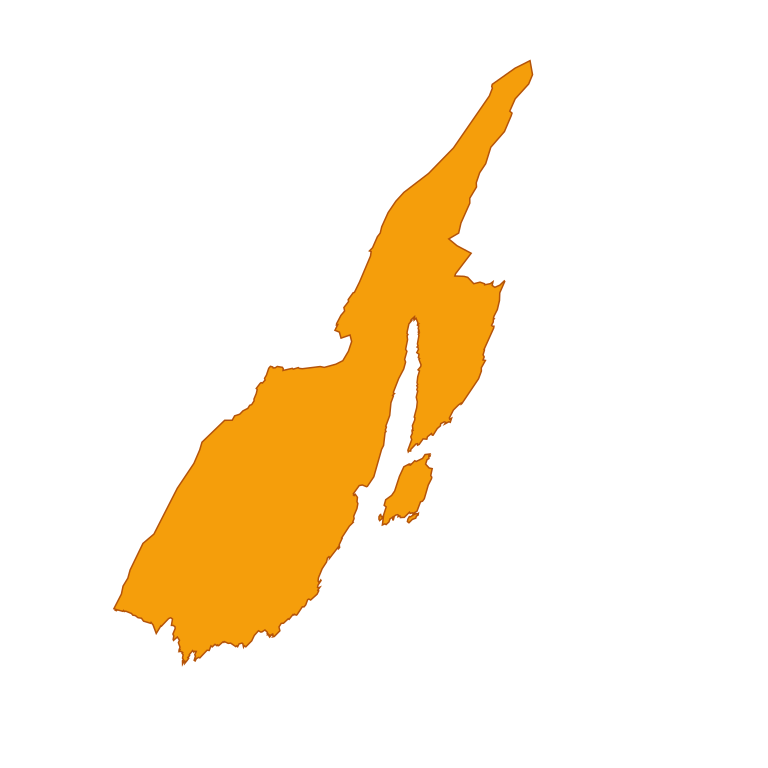 the district of Gjemnes nor, Møre og Romsdal, Norway, rotated 128°
{"feature_id": "86288312B41504021313270", "entity_name": "Gjemnes nor", "entity_type": "district", "adm_level": 2, "iso_a3": "NOR", "parent_name": "Norway", "parent_adm1": "Møre og Romsdal", "projection": "natural_earth1", "projection_center": [7.837, 62.91], "detail": "fine", "context": "isolated", "style": "filled", "palette": "amber", "viewbox_px": 768, "rotation_deg": 128, "n_neighbors": 0, "source": "geoboundaries", "source_scale": "gbopen_adm2", "svg_char_len": 6159}
<svg xmlns="http://www.w3.org/2000/svg" viewBox="0 0 768 768"><g transform="rotate(128 384 384)"><path d="M58.5,454.7L48.8,457.4L39.3,468.0L54.5,475.2L81.2,483.2L83.2,482.3L84.2,480.7L92.2,478.3L155.2,474.6L190.6,478.5L220.8,486.3L232.6,487.2L246.3,486.3L261.5,482.6L267.4,479.9L271.9,479.9L283.7,476.9L288.1,477.4L287.5,475.7L291.5,473.4L318.6,466.1L330.0,463.7L331.1,464.5L339.5,464.2L340.9,462.7L348.4,462.7L350.7,460.0L356.4,460.2L365.6,458.5L366.8,457.8L365.8,457.0L371.9,455.7L370.6,451.1L374.3,446.1L366.3,440.9L370.5,435.6L380.1,432.2L391.0,430.8L398.0,434.1L407.7,441.3L409.5,445.0L422.2,457.7L423.9,460.4L423.8,461.6L428.2,464.7L428.1,465.9L435.5,471.9L434.0,472.8L433.4,474.3L435.9,478.9L438.2,479.7L439.6,481.2L439.1,482.2L440.0,484.4L442.6,484.5L449.4,482.1L453.1,481.6L454.1,480.1L458.1,480.4L458.6,481.7L459.9,482.0L466.2,481.9L466.3,480.6L470.1,478.8L475.9,477.2L477.3,476.0L481.7,475.6L483.5,476.7L487.0,476.3L492.0,478.6L496.6,479.1L501.1,482.1L506.0,481.3L510.7,487.2L541.9,491.6L549.5,488.6L563.6,484.9L593.4,482.7L643.9,472.9L658.0,475.8L686.8,469.6L694.7,466.3L703.9,465.2L711.2,461.6L727.4,458.5L726.7,456.5L727.7,456.5L727.4,455.3L726.1,455.0L723.9,449.8L722.8,449.8L723.1,448.5L722.0,447.6L720.3,441.7L720.8,439.6L719.6,437.4L719.6,434.0L717.9,430.9L718.9,427.5L716.3,420.7L715.3,420.8L716.0,417.7L720.8,409.9L711.9,410.9L711.9,410.3L701.4,409.3L699.5,408.2L699.4,406.0L705.1,402.9L704.0,401.4L704.0,399.2L705.3,398.0L711.0,396.4L712.0,394.5L715.1,392.9L715.6,392.0L710.6,391.1L711.8,387.4L714.4,386.8L717.0,382.7L719.6,381.8L719.0,381.2L721.1,380.8L719.8,379.3L719.5,377.4L720.5,377.4L721.0,375.6L724.1,374.0L724.6,372.5L726.2,372.4L728.7,370.3L725.1,370.9L725.0,370.0L726.6,369.0L722.9,368.9L720.3,369.1L720.3,370.2L717.7,370.0L717.2,370.8L711.9,370.7L712.4,368.8L711.4,368.9L710.3,367.3L713.9,366.4L714.4,365.1L718.6,363.5L718.5,362.3L715.9,362.8L713.5,361.7L713.2,360.5L702.7,359.5L701.6,357.7L696.9,359.1L696.9,357.5L693.2,356.9L693.1,354.5L692.1,354.5L692.0,353.2L686.2,352.1L686.2,351.1L685.2,351.1L684.3,347.1L682.6,345.3L682.2,339.1L680.9,338.8L681.1,337.6L678.0,338.2L675.6,336.4L675.5,335.5L677.8,332.7L676.3,333.0L676.2,331.1L667.8,330.1L662.0,331.4L655.7,331.0L655.4,328.5L654.6,327.6L651.1,326.4L651.5,323.0L652.6,322.4L652.3,321.5L653.4,321.4L652.2,319.6L653.3,319.6L653.8,318.3L649.8,318.1L649.6,317.5L650.6,317.4L650.6,315.9L651.6,315.9L650.5,315.0L642.6,314.1L640.1,317.2L635.9,317.6L634.3,315.9L627.9,314.9L627.9,313.9L621.6,313.8L621.6,312.8L620.5,312.8L620.2,310.9L619.4,310.5L609.9,311.2L608.8,309.8L606.2,309.7L601.0,311.4L599.7,310.8L599.4,308.8L590.9,307.3L587.2,308.1L587.3,309.2L583.6,309.4L585.2,310.3L585.2,311.2L583.1,312.2L577.6,312.6L577.4,313.2L580.5,312.8L579.8,314.7L576.9,316.4L567.6,319.0L559.7,319.7L556.0,321.4L553.9,321.1L553.9,320.2L554.9,319.6L540.7,319.7L541.8,318.5L540.2,318.3L538.1,320.4L531.3,322.0L531.4,322.6L517.2,323.8L511.9,323.1L511.9,323.7L508.5,324.7L506.8,326.5L498.9,328.6L494.3,331.0L493.3,332.9L489.7,335.1L488.6,338.7L490.3,338.8L490.3,339.7L489.3,339.7L489.3,340.6L479.3,341.0L476.9,338.9L475.7,334.6L474.9,334.1L463.4,334.9L436.9,345.7L432.7,346.5L421.4,353.4L420.3,353.1L419.3,354.7L416.4,355.6L416.2,356.6L405.3,360.1L394.5,367.0L387.7,369.2L387.7,370.2L385.1,369.9L385.4,370.8L384.6,371.6L370.6,375.8L360.1,377.7L353.4,380.5L351.9,382.9L344.1,386.1L343.4,388.3L334.6,392.7L331.8,395.5L330.3,395.6L330.1,396.9L328.6,397.9L321.3,401.4L316.0,401.2L317.5,401.9L316.6,402.2L313.2,401.6L315.3,400.7L313.1,400.8L315.0,399.6L312.5,399.2L315.0,394.8L316.6,394.1L316.0,393.7L317.0,393.7L316.9,392.4L319.4,391.1L320.1,389.5L321.1,389.5L321.1,388.6L322.2,388.6L322.1,387.6L323.7,387.6L324.2,386.4L331.9,382.3L332.9,380.7L334.5,380.7L334.2,379.8L335.5,378.2L339.1,377.5L339.0,374.7L342.1,373.2L342.1,371.6L343.1,371.6L346.1,366.6L347.7,365.8L351.9,365.9L351.8,364.1L357.5,361.9L362.7,358.7L363.7,357.1L365.2,357.1L365.7,355.6L368.3,354.6L368.8,353.1L374.5,350.5L377.5,346.8L382.7,343.6L391.5,339.8L391.5,338.9L393.5,337.6L399.3,336.0L401.8,333.5L402.9,333.5L402.8,332.6L403.9,332.9L405.4,331.3L409.1,330.4L410.8,327.9L421.5,324.4L422.5,323.1L421.5,323.1L420.4,321.7L419.0,322.6L411.6,321.9L410.4,320.9L411.5,319.9L410.0,319.1L403.2,319.4L401.1,316.3L398.8,317.3L393.8,316.1L394.6,314.5L394.1,313.8L386.3,314.6L382.3,313.8L380.4,314.9L376.7,313.2L376.2,311.7L378.1,311.5L373.8,309.6L373.4,308.2L369.3,309.7L371.3,310.6L370.5,311.6L361.8,313.3L354.6,312.4L351.7,311.5L352.4,310.8L351.3,310.6L321.7,312.7L313.9,315.2L311.3,317.3L303.0,318.6L304.1,320.8L301.0,321.7L300.0,323.9L295.3,325.8L295.3,326.4L272.4,332.0L270.8,332.9L271.7,334.2L271.5,335.4L267.8,336.1L265.8,337.6L264.7,337.3L264.7,338.3L262.8,339.1L255.6,340.5L247.1,344.4L240.9,348.9L228.9,352.0L228.7,352.7L234.8,353.6L239.6,356.2L239.7,359.5L236.3,361.1L239.5,362.0L243.9,365.8L243.1,366.5L244.6,371.0L249.7,375.0L248.4,383.7L249.9,387.2L255.3,394.7L253.0,395.5L227.3,395.8L230.1,411.6L229.8,422.3L219.1,418.1L209.7,422.5L188.7,427.7L184.8,430.8L171.8,432.4L168.6,435.2L158.6,438.7L147.8,439.5L131.7,445.6L110.9,444.5L94.4,448.9L91.7,449.9L91.6,452.9L78.5,456.2L58.5,454.7ZM466.2,276.4L464.9,277.2L466.1,277.4L465.6,277.8L466.5,279.0L469.2,280.4L467.7,281.2L463.9,279.7L454.4,282.7L452.6,281.5L449.6,281.6L436.4,286.9L429.3,288.3L428.0,289.0L427.4,290.8L421.0,293.9L422.4,296.7L421.5,301.9L417.1,303.5L415.1,302.7L413.3,304.2L412.7,303.3L412.0,303.6L412.7,303.9L412.2,304.8L411.0,304.9L414.3,308.2L418.9,307.8L425.3,311.0L425.5,312.5L431.6,313.2L431.9,313.8L431.3,314.0L432.2,314.5L431.7,315.0L437.0,317.4L447.2,315.0L461.8,309.7L467.1,309.4L474.2,311.4L479.5,309.2L479.5,306.6L489.3,303.0L490.1,303.3L489.6,303.9L490.2,304.5L488.9,306.3L489.4,306.5L491.6,306.3L493.7,304.7L494.3,303.3L489.5,302.4L496.1,298.5L493.7,297.2L493.5,295.8L489.7,295.2L486.6,296.2L483.5,295.2L485.6,293.5L485.3,293.0L481.8,294.5L480.0,294.0L478.6,292.9L478.5,291.9L479.9,291.3L478.2,290.3L479.2,288.9L476.6,285.9L469.3,285.0L469.9,283.7L468.0,282.3L468.0,281.3L469.8,280.5L472.4,281.4L472.8,282.4L475.7,282.0L478.0,280.9L478.0,278.9L473.3,278.3L470.2,276.4L468.2,277.1L466.2,276.4Z" fill="#f59e0b" stroke="#b45309" stroke-width="1.5"/></g></svg>